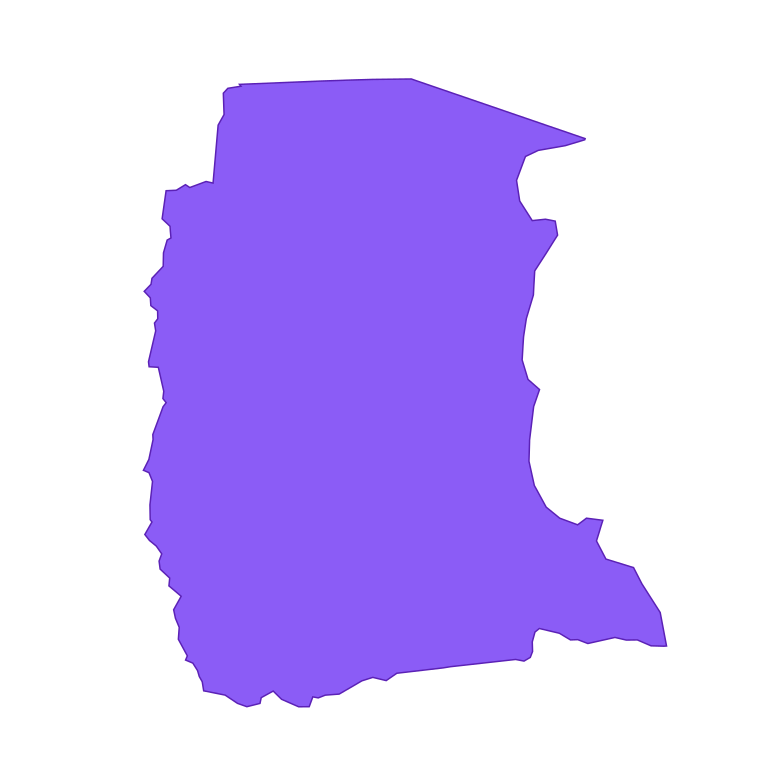 the district of Lajas, Puerto Rico, rotated 264°
{"feature_id": "32010507B28103012902602", "entity_name": "Lajas", "entity_type": "district", "adm_level": 2, "iso_a3": "PRI", "parent_name": "Puerto Rico", "parent_adm1": "", "projection": "albers", "projection_center": [-67.049, 18.006], "detail": "fine", "context": "isolated", "style": "filled", "palette": "violet", "viewbox_px": 768, "rotation_deg": 264, "n_neighbors": 0, "source": "geoboundaries", "source_scale": "gbopen_adm2", "svg_char_len": 2124}
<svg xmlns="http://www.w3.org/2000/svg" viewBox="0 0 768 768"><g transform="rotate(264 384 384)"><path d="M93.9,637.6L127.9,634.8L158.3,619.6L175.3,613.0L186.7,586.4L199.1,581.5L205.7,578.9L215.5,583.1L218.2,584.2L225.6,587.4L229.4,571.3L226.9,567.2L223.7,561.8L223.9,561.5L232.2,544.7L244.6,532.4L263.6,524.5L267.3,522.9L270.8,522.5L292.0,520.1L311.2,522.7L312.9,522.9L346.0,530.5L347.9,531.4L362.2,538.1L367.0,533.7L373.5,527.7L393.5,523.9L395.8,524.3L408.0,526.3L416.2,527.7L418.6,528.3L434.2,532.4L440.9,535.2L456.7,541.8L457.0,541.9L465.4,543.2L477.0,545.1L480.7,545.7L493.2,555.8L495.7,557.8L495.9,558.0L508.5,567.9L513.9,572.2L528.1,571.3L529.4,567.1L531.0,561.8L531.0,548.5L551.8,538.1L572.7,537.1L593.8,547.6L595.5,548.5L600.2,561.8L600.6,567.5L601.6,582.3L602.1,589.3L605.9,609.2L607.0,609.7L682.4,447.5L684.5,443.1L688.1,404.5L690.2,376.8L690.2,376.3L691.9,352.7L697.1,271.6L695.1,272.9L694.4,259.6L690.0,254.6L668.7,253.1L658.8,246.1L601.7,235.0L604.0,228.2L599.7,211.4L603.0,207.4L598.4,197.7L599.0,187.5L571.5,180.6L563.2,187.7L558.2,187.5L551.5,187.4L549.8,183.4L537.5,178.4L524.1,176.7L513.4,164.3L507.5,162.7L501.2,155.2L494.1,160.6L486.3,160.3L480.4,166.5L472.5,165.8L468.6,162.1L460.7,162.5L430.7,152.1L425.7,152.2L424.2,161.3L399.8,164.2L392.6,162.6L388.2,165.4L384.5,161.9L375.5,157.5L357.9,148.8L352.8,148.5L333.6,142.3L323.3,135.7L320.4,141.0L311.3,143.6L288.3,138.6L273.5,137.3L271.0,138.8L259.3,130.4L252.9,134.4L246.6,140.6L238.3,145.2L231.4,141.8L223.3,142.0L213.4,150.6L205.7,149.0L194.1,160.1L181.5,151.2L172.8,152.1L163.4,154.9L151.6,152.8L134.2,160.0L130.2,157.8L126.4,164.7L118.5,168.6L112.4,169.7L106.9,172.1L97.7,172.6L91.2,193.5L81.7,204.9L77.4,213.9L79.3,227.3L84.9,229.1L90.2,241.7L81.1,249.2L71.9,265.4L70.9,275.9L80.3,280.5L78.7,285.8L80.7,293.1L80.3,307.0L91.1,331.0L93.4,342.2L88.8,355.2L95.0,366.5L95.5,413.2L95.9,420.6L96.3,486.1L93.8,494.3L96.8,500.9L102.5,503.8L112.0,504.5L121.5,508.2L124.6,512.9L117.8,532.3L110.0,542.7L109.5,550.0L104.6,559.6L107.8,587.2L104.0,598.2L103.0,609.2L95.7,622.2L94.0,634.9L93.9,637.6Z" fill="#8b5cf6" stroke="#5b21b6" stroke-width="1.5"/></g></svg>